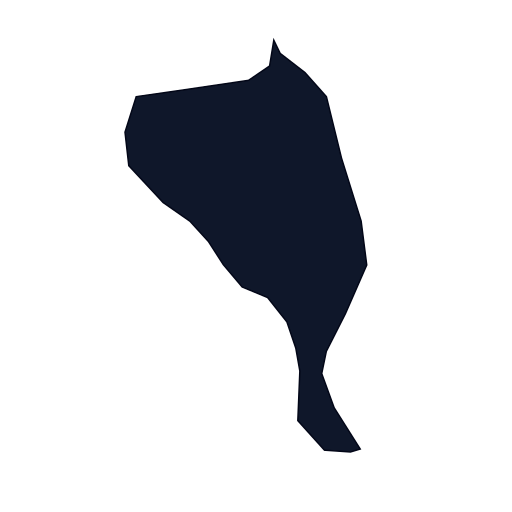 Hallstahammar, Västmanland, Sweden, rotated 350°
{"feature_id": "70781695B32403913124939", "entity_name": "Hallstahammar", "entity_type": "district", "adm_level": 2, "iso_a3": "SWE", "parent_name": "Sweden", "parent_adm1": "Västmanland", "projection": "mercator", "projection_center": [16.242, 59.583], "detail": "fine", "context": "isolated", "style": "filled", "palette": "ink", "viewbox_px": 512, "rotation_deg": 350, "n_neighbors": 0, "source": "geoboundaries", "source_scale": "gbopen_adm2", "svg_char_len": 548}
<svg xmlns="http://www.w3.org/2000/svg" viewBox="0 0 512 512"><g transform="rotate(350 256 256)"><path d="M325.1,464.2L306.6,419.0L300.3,383.2L308.7,362.1L334.0,328.4L363.5,284.1L365.6,239.9L357.2,174.5L353.0,111.3L336.1,83.9L315.0,60.7L311.0,46.6L302.4,71.2L279.2,81.7L205.4,79.6L165.7,78.3L148.5,111.3L146.4,145.0L173.8,187.2L197.0,210.3L211.7,233.5L222.3,258.8L237.0,284.1L260.2,298.9L275.0,326.3L279.2,353.7L279.2,376.9L268.6,425.4L280.3,444.1L289.7,459.1L315.0,465.4L325.1,464.2Z" fill="#0f172a" stroke="#020617" stroke-width="1.5"/></g></svg>